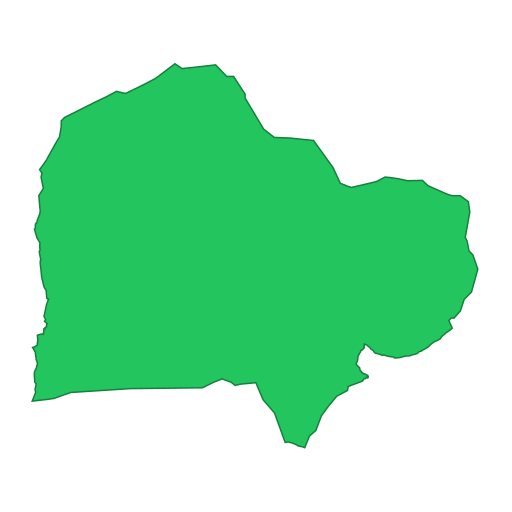 the district of Altai, Hovd, Mongolia, rotated 91°
{"feature_id": "93677404B38037310597400", "entity_name": "Altai", "entity_type": "district", "adm_level": 2, "iso_a3": "MNG", "parent_name": "Mongolia", "parent_adm1": "Hovd", "projection": "natural_earth1", "projection_center": [92.813, 45.736], "detail": "fine", "context": "isolated", "style": "filled", "palette": "green", "viewbox_px": 512, "rotation_deg": 91, "n_neighbors": 0, "source": "geoboundaries", "source_scale": "gbopen_adm2", "svg_char_len": 5895}
<svg xmlns="http://www.w3.org/2000/svg" viewBox="0 0 512 512"><g transform="rotate(91 256 256)"><path d="M324.7,58.5L317.1,62.1L314.5,59.5L314.7,57.0L307.4,50.7L295.8,47.1L288.2,39.9L265.3,34.0L251.3,39.1L247.1,43.1L237.4,45.2L233.7,47.1L208.3,43.0L198.0,44.6L192.2,52.8L192.2,61.4L190.8,66.1L189.4,69.5L182.7,85.3L177.5,91.0L178.1,105.8L176.2,115.5L175.2,123.5L174.8,128.3L179.5,136.9L185.8,161.7L184.8,165.2L181.8,173.0L166.3,180.5L139.5,200.5L137.5,223.8L137.1,239.8L129.1,250.5L98.2,269.7L94.4,269.7L76.8,281.6L77.0,288.4L65.6,299.7L68.1,318.6L69.9,333.2L65.2,340.4L80.1,359.4L86.3,370.7L95.8,389.3L93.8,398.3L99.2,408.0L104.5,418.7L120.8,449.8L124.3,453.1L130.0,453.0L140.3,454.5L147.4,458.6L164.2,467.5L173.5,473.9L176.8,471.4L180.8,472.3L192.1,469.8L199.4,474.2L215.8,472.5L216.5,472.8L217.0,472.8L217.4,473.0L217.9,473.0L218.0,473.0L218.5,473.2L218.8,473.5L219.1,473.5L219.6,473.7L219.9,473.7L220.3,473.8L221.6,474.5L222.4,474.7L222.8,474.6L223.0,474.7L223.4,475.0L223.7,475.1L223.9,475.2L224.4,475.3L224.8,475.5L225.2,475.5L225.5,475.4L226.1,475.6L226.3,475.6L226.5,476.2L227.0,476.2L227.3,476.3L227.5,476.7L227.7,476.9L227.9,477.1L228.1,477.1L228.9,477.1L230.0,477.2L230.7,477.2L231.0,477.1L231.4,477.1L232.2,477.3L232.3,477.4L232.6,477.6L232.8,477.9L232.9,478.0L233.1,478.0L233.4,477.9L234.1,477.6L241.5,475.4L246.8,472.2L247.0,472.2L247.1,472.3L247.4,472.3L249.0,472.4L249.5,472.4L249.7,472.5L250.0,472.4L250.2,472.2L251.2,472.4L251.8,472.3L252.2,472.1L252.8,472.2L253.4,472.0L253.9,472.1L254.6,472.3L254.9,472.6L255.1,472.8L255.5,472.8L261.9,471.5L262.1,471.4L262.3,471.4L262.6,471.1L262.8,471.0L263.5,471.2L263.7,471.3L263.8,471.4L264.2,471.4L264.3,471.5L264.7,471.7L264.8,471.7L265.1,471.5L265.5,471.5L265.9,471.6L266.6,471.6L266.8,471.7L274.2,470.7L280.5,470.0L284.8,468.9L290.1,467.6L291.8,466.8L293.8,465.3L302.1,464.4L302.7,462.7L308.6,464.7L317.9,466.4L318.2,466.5L318.6,466.6L318.9,466.8L319.7,466.8L319.9,466.8L320.0,466.9L320.3,466.7L323.2,465.3L325.0,466.3L327.2,463.7L327.3,463.9L327.7,464.1L328.0,464.1L328.5,464.1L329.0,464.3L329.1,464.2L329.3,464.1L329.5,464.2L329.9,464.1L330.0,464.2L330.1,464.3L330.4,464.5L330.8,464.8L331.0,464.9L331.1,465.0L331.1,465.4L331.6,465.9L331.8,465.9L332.3,465.7L332.3,465.9L332.3,466.3L332.4,466.6L332.7,466.9L333.0,466.9L336.6,466.8L336.6,467.0L336.9,467.4L337.2,467.5L337.7,467.6L338.1,467.5L337.7,469.1L338.8,472.6L339.2,473.3L341.7,472.9L344.4,472.7L345.0,472.8L345.6,472.8L345.8,472.9L346.1,472.9L346.3,473.0L346.5,473.0L346.8,473.2L347.0,473.1L347.2,472.9L347.3,472.9L347.5,473.0L347.7,472.9L347.8,472.9L348.2,473.1L348.5,473.1L349.2,473.5L350.8,475.9L351.3,477.8L356.1,474.9L357.8,474.9L358.0,474.8L358.5,474.6L359.0,474.6L359.6,474.5L360.3,474.5L360.7,474.3L361.3,474.2L361.7,474.0L362.3,474.0L363.4,474.1L363.5,474.0L363.8,473.7L364.5,473.6L364.9,473.4L365.2,473.2L365.5,472.9L366.9,472.9L367.2,472.8L367.5,472.6L367.9,472.7L368.6,472.8L368.8,472.8L368.9,473.0L369.1,473.1L369.4,473.2L370.4,473.2L370.5,473.2L370.7,473.4L370.9,473.5L371.6,473.6L372.1,473.9L372.4,474.0L372.7,474.1L373.2,474.1L373.4,474.1L373.5,474.2L373.8,474.6L374.2,474.9L375.1,475.2L375.3,475.4L378.4,475.6L386.1,475.0L387.6,473.5L393.4,474.6L396.2,473.9L399.8,475.3L405.0,477.2L402.9,461.2L402.0,455.8L395.7,439.0L390.8,379.5L388.7,307.3L382.8,295.8L379.5,287.8L382.7,278.6L385.7,274.7L384.3,268.5L382.7,253.9L399.6,246.4L412.7,234.7L441.9,223.6L441.7,222.5L441.5,221.7L441.4,219.8L441.8,218.9L442.1,217.6L442.1,216.7L442.4,216.1L442.5,215.9L442.8,215.7L442.9,215.0L443.1,214.5L443.5,213.7L443.6,213.2L444.1,212.2L444.1,211.9L445.0,211.0L445.0,209.8L445.4,209.3L445.6,208.3L446.1,205.5L446.4,205.0L446.6,204.4L446.8,204.1L446.7,204.0L446.7,203.9L435.1,199.4L429.4,193.1L414.6,187.8L405.0,181.0L394.7,172.7L388.9,162.2L384.8,161.5L379.2,147.2L378.7,147.1L378.3,146.8L377.8,146.5L377.3,146.3L377.1,146.0L376.7,144.4L375.9,143.8L375.6,143.6L375.0,143.0L375.0,142.8L375.0,142.7L375.5,142.7L375.8,142.7L376.0,142.5L376.0,142.3L375.8,142.1L375.7,141.9L375.4,141.7L375.0,141.6L374.7,141.6L374.1,142.0L373.3,142.2L373.2,142.4L373.2,142.7L373.2,143.1L373.1,143.3L372.9,143.6L372.7,143.8L372.4,144.1L372.0,145.2L372.1,145.8L371.9,146.1L371.6,146.5L371.6,146.8L371.4,147.0L371.2,147.2L371.0,147.5L370.9,147.9L370.8,148.2L370.6,148.3L369.8,148.5L369.5,148.8L369.0,149.6L368.7,149.8L368.1,150.0L367.0,150.3L366.3,150.3L365.9,150.5L365.6,150.7L364.7,151.9L363.5,153.1L363.1,153.6L362.2,153.9L361.3,153.7L360.2,153.2L358.3,152.6L357.5,152.5L356.7,152.3L356.0,152.3L355.7,152.4L355.2,152.4L354.6,152.3L353.9,152.0L352.9,151.4L351.3,150.7L350.8,150.4L350.5,150.1L350.3,149.9L349.7,149.7L349.1,149.7L348.8,149.6L348.5,149.4L348.3,149.1L348.2,148.5L348.1,148.2L347.5,147.6L346.9,147.0L346.6,146.9L346.3,146.6L345.9,146.1L345.7,146.1L345.4,146.2L345.2,146.3L344.8,146.5L344.5,146.4L344.0,146.2L343.5,146.0L343.0,145.9L342.8,146.0L342.5,146.3L342.2,146.3L342.3,145.5L342.6,144.9L342.8,144.0L343.1,143.6L344.5,142.1L345.1,141.1L345.4,140.7L346.2,140.2L346.6,139.9L347.0,139.5L348.5,137.2L349.0,136.8L350.4,135.9L350.8,135.4L351.2,134.7L351.3,134.0L351.5,133.0L351.7,132.3L352.1,130.4L352.4,129.8L352.6,129.1L353.1,128.4L353.1,127.9L352.8,126.4L352.8,126.1L353.1,125.3L353.2,124.9L353.4,124.2L353.6,123.5L353.9,122.0L354.3,120.2L354.4,119.1L354.4,117.9L354.6,116.8L355.2,116.1L355.5,115.4L355.6,114.7L355.1,111.2L355.0,110.3L354.9,109.6L354.6,108.7L353.7,105.8L353.5,104.6L353.3,103.5L353.1,100.3L352.3,98.7L351.2,94.6L350.7,93.3L350.5,92.8L350.2,92.4L349.9,92.2L349.3,91.8L349.0,91.4L348.8,90.9L348.6,90.5L348.5,89.9L348.3,89.4L347.9,88.6L347.1,87.6L345.7,85.0L344.7,83.3L343.4,81.7L341.4,79.8L339.4,77.3L338.9,76.6L338.3,75.4L337.9,74.7L337.7,74.1L337.2,73.0L336.1,71.1L335.8,70.6L335.1,70.0L333.7,69.1L332.9,68.4L331.5,66.8L330.2,65.6L329.1,64.2L328.4,63.0L328.0,62.5L327.4,61.6L326.6,60.6L325.8,59.6L324.7,58.5Z" fill="#22c55e" stroke="#15803d" stroke-width="1.5"/></g></svg>